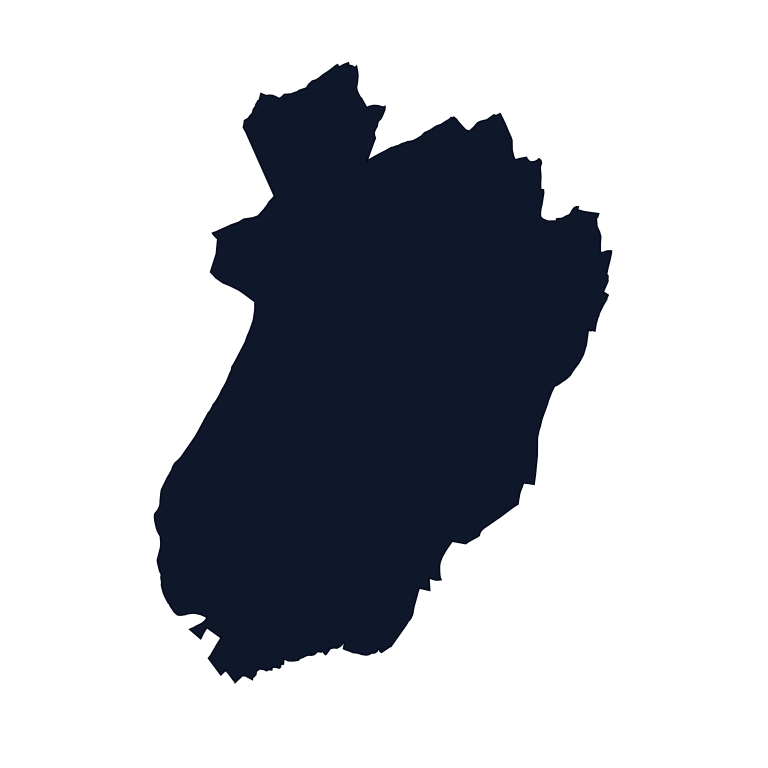 Leliceni, Harghita, Romania, rotated 277°
{"feature_id": "2599482B31313199179337", "entity_name": "Leliceni", "entity_type": "district", "adm_level": 2, "iso_a3": "ROU", "parent_name": "Romania", "parent_adm1": "Harghita", "projection": "natural_earth1", "projection_center": [25.877, 46.341], "detail": "fine", "context": "isolated", "style": "filled", "palette": "ink", "viewbox_px": 768, "rotation_deg": 277, "n_neighbors": 0, "source": "geoboundaries", "source_scale": "gbopen_adm2", "svg_char_len": 6127}
<svg xmlns="http://www.w3.org/2000/svg" viewBox="0 0 768 768"><g transform="rotate(277 384 384)"><path d="M446.6,580.0L462.4,580.2L462.1,582.7L462.7,584.6L462.3,586.2L462.3,586.9L469.0,587.1L475.9,588.1L478.3,588.9L478.3,588.3L489.0,592.0L495.4,594.8L495.7,594.4L499.6,595.7L502.0,590.4L512.8,593.6L514.0,593.7L514.9,593.4L518.8,593.1L519.5,591.9L520.3,591.6L525.8,592.0L534.6,593.1L541.7,593.7L543.7,593.6L543.8,592.7L543.4,590.5L543.0,588.7L541.3,585.5L541.1,584.7L541.1,582.7L541.3,582.6L550.2,581.5L556.4,581.2L557.6,580.8L561.1,579.4L564.1,577.5L567.2,575.8L569.0,575.7L570.6,575.2L571.8,575.1L574.4,574.5L575.7,575.7L579.2,576.3L579.3,566.3L579.5,561.2L580.4,554.9L583.5,555.3L583.4,553.6L582.9,552.5L581.7,551.0L579.2,549.6L574.7,547.8L572.9,544.4L571.4,542.5L569.9,540.2L569.6,538.0L568.9,535.2L566.6,535.2L566.5,533.3L565.6,526.8L566.8,522.3L568.3,519.6L570.2,518.7L573.8,518.3L577.9,518.4L582.0,518.9L593.2,519.2L596.1,518.6L596.3,515.7L605.3,514.6L607.8,514.6L614.3,513.4L617.4,512.7L620.3,512.9L622.4,513.3L624.3,512.8L626.1,511.2L626.4,510.3L624.8,509.0L623.6,507.3L622.8,505.3L622.3,502.5L622.5,501.7L623.7,499.9L625.3,498.2L626.3,497.8L624.2,491.0L622.8,488.0L622.3,487.1L625.2,485.1L632.1,482.6L641.4,481.3L644.4,479.9L649.5,476.8L657.1,472.5L666.5,466.4L663.9,462.4L664.6,460.4L658.7,453.9L656.4,447.8L654.6,445.0L649.9,441.9L645.3,438.0L646.0,434.6L646.6,433.5L653.1,425.9L655.5,423.8L657.4,420.6L656.3,419.5L656.7,418.2L654.4,416.3L650.8,411.6L648.4,408.9L646.7,405.1L641.9,399.2L639.5,395.7L638.3,393.6L634.8,391.1L631.3,386.8L628.9,383.0L628.1,381.0L627.4,378.1L625.8,375.0L624.5,372.1L622.5,369.4L620.9,365.6L620.3,364.8L619.5,362.4L617.5,359.6L616.0,357.8L612.7,352.7L609.3,347.9L603.3,339.9L622.8,344.4L627.0,345.5L629.3,344.3L632.4,343.6L635.4,344.3L639.0,345.8L643.9,346.1L647.1,348.7L649.8,349.6L656.4,351.4L659.6,351.2L658.9,350.0L658.8,348.5L659.5,344.4L659.4,341.5L659.1,339.3L657.9,335.9L656.2,333.1L664.2,327.3L666.5,324.9L670.2,322.4L672.8,321.2L675.2,320.5L680.1,320.8L686.0,320.6L688.8,320.2L696.1,318.0L694.3,316.6L695.1,315.4L696.0,313.2L696.0,312.5L695.9,311.8L695.4,310.8L698.5,309.5L697.9,308.3L696.3,305.4L694.0,302.1L692.9,300.7L695.3,299.0L694.1,297.3L689.1,292.4L682.9,285.2L680.5,283.1L677.6,279.7L675.9,275.9L672.3,272.8L668.4,271.0L665.2,264.3L663.0,261.6L662.3,259.5L660.7,257.2L659.2,249.7L656.4,247.5L654.5,245.3L655.9,241.6L656.8,238.5L656.7,235.6L655.9,231.6L657.3,226.4L650.5,225.7L649.8,224.4L647.7,223.7L646.0,222.8L644.4,222.8L640.4,220.8L637.9,220.6L636.9,220.4L635.1,219.3L634.0,218.3L633.1,218.0L631.0,216.8L628.5,213.4L625.3,213.5L621.6,213.1L617.5,216.1L558.2,251.7L557.1,252.4L553.9,250.2L550.9,247.9L547.7,246.5L542.5,243.6L539.1,241.1L535.6,238.8L533.0,233.8L530.4,224.6L527.4,221.0L526.0,218.6L523.4,213.3L514.5,198.6L512.9,195.4L511.5,196.5L509.0,199.5L507.8,201.3L492.6,201.7L474.0,198.2L468.9,204.3L464.8,211.9L463.2,218.0L459.7,228.2L456.8,233.9L449.9,245.9L442.9,246.7L441.0,246.8L431.3,246.6L422.8,244.8L416.8,243.2L416.0,242.8L408.2,241.1L392.7,235.3L385.3,232.4L382.4,231.0L379.0,230.9L375.2,229.6L370.1,228.3L367.3,227.5L362.2,225.6L357.9,223.7L353.3,222.3L348.8,220.4L345.1,218.6L342.3,216.8L340.8,216.5L336.2,214.7L333.9,213.1L311.9,204.5L307.3,202.4L286.8,191.6L283.4,189.2L280.0,186.1L276.1,184.5L273.5,184.0L272.4,183.7L267.6,181.8L264.4,180.3L252.0,176.1L249.7,175.9L241.3,176.1L237.8,176.4L235.2,176.2L233.4,175.5L231.5,175.0L229.6,173.9L227.7,172.6L226.7,172.3L224.7,172.3L220.4,173.2L213.6,175.6L210.4,177.2L207.0,179.5L206.3,180.2L205.5,180.6L198.4,182.0L196.1,182.1L193.9,182.1L181.6,180.5L178.6,181.3L176.1,182.2L171.0,184.2L169.6,185.0L169.0,185.7L167.5,186.2L165.8,186.3L165.1,186.1L159.7,187.6L157.5,187.6L154.3,188.6L153.1,189.2L149.9,190.4L145.8,192.8L140.3,196.7L139.6,197.7L139.0,198.3L137.8,198.7L132.0,203.8L129.7,207.2L129.7,209.2L129.8,210.8L130.3,212.3L131.0,215.0L132.0,216.9L133.0,220.8L133.4,222.8L133.4,226.1L133.1,227.9L133.2,229.1L131.5,235.1L130.6,236.7L128.2,235.8L126.5,234.6L124.3,232.5L122.6,230.1L121.0,227.5L118.9,224.7L116.8,221.1L108.8,233.1L114.2,234.9L117.2,236.2L120.7,237.9L112.2,253.3L104.0,249.5L93.5,245.1L90.4,243.2L75.4,257.5L80.6,261.7L77.2,265.5L73.0,269.4L70.6,271.9L69.5,272.6L72.0,274.5L76.6,278.5L77.3,278.9L77.4,282.9L76.6,284.1L76.2,285.4L74.6,289.3L76.3,289.3L79.7,292.1L80.7,292.3L82.0,292.1L83.4,292.7L84.0,292.6L85.2,294.6L86.2,294.7L86.0,300.0L85.1,302.3L86.6,304.8L86.5,307.4L88.6,307.5L89.5,308.4L89.7,310.2L89.7,312.2L89.3,313.5L89.4,314.9L90.4,315.7L93.3,315.7L93.7,318.3L96.8,318.2L98.8,318.0L98.6,318.5L98.8,319.4L97.8,321.9L97.6,323.3L98.1,327.6L99.4,332.5L101.6,334.3L103.0,337.2L103.8,338.2L105.3,340.7L105.8,342.0L105.9,344.8L106.9,347.6L110.5,350.8L110.3,354.4L111.4,355.0L110.1,357.2L109.2,357.4L108.9,358.2L108.3,358.9L108.9,359.6L113.2,362.0L114.6,362.5L115.8,365.2L116.1,367.2L116.1,369.4L117.9,372.0L118.8,373.0L121.1,374.5L122.4,375.1L121.3,376.6L119.3,376.1L117.7,376.3L116.7,375.9L116.4,376.0L116.0,376.8L114.7,382.7L113.7,385.9L113.8,389.4L113.7,391.1L113.0,394.4L112.8,399.0L113.2,400.8L114.0,402.7L115.3,403.9L115.9,407.3L117.9,409.8L119.8,409.8L120.1,411.1L118.4,412.6L117.5,413.7L117.3,414.3L123.6,421.3L124.4,422.9L147.7,435.4L151.1,436.8L154.1,438.9L157.3,440.0L159.3,440.5L164.5,440.7L167.1,440.9L178.9,442.7L181.9,443.0L184.1,443.6L185.9,443.7L185.4,447.3L184.7,454.5L197.0,452.3L195.9,458.1L195.8,459.6L196.0,461.7L196.8,464.5L198.3,463.4L201.9,462.5L205.8,461.8L209.6,461.3L212.0,461.3L215.0,461.6L219.9,462.9L227.6,466.2L236.3,470.8L235.5,484.6L238.0,487.3L243.7,495.2L245.0,496.8L245.3,497.1L247.0,497.1L249.8,498.0L252.7,500.2L266.7,515.9L278.0,527.7L281.2,531.7L282.9,531.6L291.6,532.0L294.4,532.5L301.4,534.2L302.9,534.7L302.9,541.3L302.7,545.2L313.3,545.3L331.8,544.8L348.6,542.9L349.7,542.8L355.0,543.3L356.8,543.3L360.2,544.1L367.4,544.9L370.4,545.4L384.5,548.7L387.6,549.1L396.7,551.4L402.8,553.5L403.7,555.5L406.5,558.9L407.8,560.1L410.7,563.6L413.7,566.4L414.1,566.5L414.5,567.1L415.3,567.7L419.7,569.7L424.2,572.2L426.9,573.9L429.7,575.3L437.2,578.2L440.8,578.9L444.5,579.4L446.6,580.0Z" fill="#0f172a" stroke="#020617" stroke-width="1.5"/></g></svg>